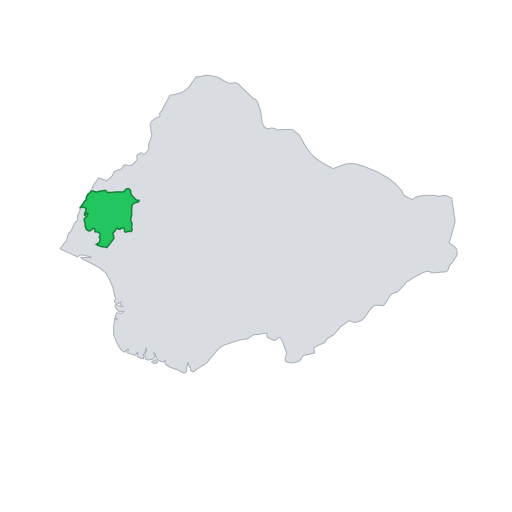 where Oyo sits in Nigeria, rotated 27°
{"feature_id": "NGA-2856", "entity_name": "Oyo", "entity_type": "State", "adm_level": 1, "iso_a3": "NGA", "parent_name": "Nigeria", "parent_adm1": "", "projection": "mercator", "projection_center": [3.592, 8.111], "detail": "fine", "context": "in_parent", "style": "filled", "palette": "green", "viewbox_px": 512, "rotation_deg": 27, "n_neighbors": 0, "source": "natural_earth", "source_scale": "10m", "svg_char_len": 5781}
<svg xmlns="http://www.w3.org/2000/svg" viewBox="0 0 512 512"><g transform="rotate(27 256 256)"><path d="M404.2,115.7L417.9,135.0L420.8,149.3L421.9,156.3L424.1,157.1L428.4,157.5L431.5,158.9L433.4,161.2L434.5,163.4L434.7,164.7L433.8,173.2L432.8,176.3L433.4,180.5L433.2,182.3L432.7,183.5L430.8,184.9L428.2,186.3L422.0,190.4L420.3,191.0L417.7,191.1L415.4,192.1L412.8,194.3L407.0,202.4L402.1,210.5L398.5,223.7L394.2,227.8L393.4,231.5L392.7,239.7L392.0,242.2L391.3,242.9L386.7,244.5L384.0,246.3L382.4,250.1L380.3,262.7L379.6,264.8L378.0,266.9L375.7,269.3L373.6,270.6L368.2,271.5L363.2,281.0L363.1,282.6L360.8,291.2L356.9,297.7L356.7,301.9L351.8,307.6L349.2,311.4L351.8,315.5L352.0,316.1L343.6,323.0L343.1,324.0L342.8,328.8L342.1,330.0L340.6,331.8L338.3,333.7L336.0,335.2L333.4,336.2L330.9,336.6L329.5,336.0L328.7,334.5L327.3,328.7L326.5,327.5L324.9,326.4L318.4,320.0L314.5,317.7L313.7,317.9L313.0,318.5L311.9,321.7L310.8,322.9L308.7,323.3L305.2,323.3L302.5,322.9L301.9,322.3L300.7,319.7L292.6,325.6L289.8,326.9L286.2,333.7L281.1,337.1L277.7,340.1L268.3,349.5L266.4,352.2L264.5,356.3L260.5,373.8L254.1,384.8L253.2,387.1L252.8,387.0L252.0,388.0L249.5,387.4L248.4,385.4L246.8,385.0L244.1,382.0L243.6,382.5L246.4,390.1L245.4,393.0L237.4,393.1L230.6,394.1L226.0,394.0L223.6,392.9L222.6,390.1L222.2,390.4L221.9,391.9L220.4,393.1L215.2,393.3L212.9,391.4L211.0,389.2L209.0,388.3L209.3,389.2L211.6,391.3L211.3,394.3L207.1,397.8L204.4,398.0L202.7,396.5L201.9,394.1L201.5,390.4L200.3,388.0L199.7,388.0L200.5,392.0L200.5,395.7L202.5,398.6L199.4,399.5L195.7,399.6L195.3,398.5L194.8,396.1L194.1,395.5L193.4,399.5L185.8,400.6L184.7,400.5L184.4,399.7L185.0,398.6L184.9,396.8L183.2,398.2L182.9,401.0L182.0,401.4L179.1,401.0L175.9,399.6L170.8,396.1L164.5,390.3L163.5,387.8L161.6,384.6L158.4,375.9L159.0,375.5L160.4,376.0L161.1,375.1L158.5,374.5L158.0,373.9L157.8,372.0L157.9,369.6L161.9,368.4L162.8,367.0L163.3,365.5L158.4,367.7L153.8,365.2L152.9,363.7L153.4,362.6L158.7,362.5L160.6,361.4L159.4,361.0L157.4,361.0L156.6,360.3L156.7,358.5L156.0,358.9L155.2,360.5L152.1,361.7L150.3,360.5L150.1,357.9L149.7,356.7L148.2,355.8L142.7,348.9L135.9,343.2L129.9,339.2L120.8,337.4L101.7,337.4L100.6,336.9L101.8,336.0L103.4,335.4L109.6,332.2L108.5,331.7L102.2,333.7L100.0,333.9L97.1,337.8L78.3,338.6L78.4,336.9L79.2,331.8L80.4,328.3L79.1,324.1L78.8,320.2L79.6,319.0L79.8,317.6L79.6,307.7L80.6,306.3L80.7,305.3L78.7,301.1L78.7,297.8L78.4,294.7L77.7,293.3L78.5,281.2L78.2,278.2L78.8,276.1L79.2,270.9L79.1,265.8L80.4,257.8L88.4,256.7L90.4,253.5L91.5,249.5L91.2,245.6L93.8,242.1L97.0,239.0L96.8,235.7L97.7,234.6L99.2,233.8L101.4,233.4L103.8,231.7L105.1,228.8L106.4,224.1L104.3,220.8L104.4,220.1L105.2,218.3L106.4,216.5L107.4,215.9L109.8,216.4L110.5,215.7L112.1,210.5L111.9,209.1L109.7,205.6L108.5,196.1L107.9,194.9L106.2,193.1L101.7,186.5L101.8,183.3L103.7,179.3L104.9,177.3L106.6,176.2L107.0,175.3L106.5,174.1L105.6,173.3L105.4,171.5L106.3,168.9L106.0,166.1L106.4,151.8L110.1,149.0L115.4,144.3L118.2,139.4L119.6,135.7L121.4,123.3L124.2,122.0L129.6,117.5L136.9,114.9L141.6,114.0L149.9,114.6L154.1,114.1L157.7,111.7L159.3,111.0L161.6,110.6L182.3,117.0L184.2,116.7L185.8,117.1L188.3,118.8L194.4,124.8L200.8,134.1L202.8,136.1L204.8,137.1L206.8,137.5L208.4,137.4L209.9,136.5L211.9,134.7L214.9,133.9L217.4,134.1L230.3,127.0L231.5,126.9L239.4,128.5L250.2,135.6L259.0,140.2L265.2,141.8L272.5,142.9L284.9,143.2L294.3,133.2L297.7,131.1L301.9,129.1L310.6,127.3L325.1,126.0L338.6,126.5L347.0,128.3L355.9,131.5L359.7,134.6L365.7,135.1L370.0,134.5L371.4,131.4L375.8,127.4L382.2,123.6L387.5,121.0L391.9,119.8L395.8,116.8L398.8,115.8L404.2,115.7ZM215.7,397.2L212.8,398.1L210.9,397.9L213.5,393.9L214.8,394.8L216.5,395.1L215.7,397.2Z" fill="#d9dde1" stroke="#a8b0b8" stroke-width="1"/><path d="M77.3,292.7L77.3,292.3L77.6,291.8L77.7,291.5L77.9,289.6L78.2,287.7L78.3,285.9L78.4,285.3L78.6,284.8L78.9,284.3L79.2,283.7L79.2,283.1L79.0,282.4L78.4,281.2L78.2,280.5L78.0,279.8L78.1,279.2L78.3,278.0L78.3,277.7L78.2,277.1L78.2,276.9L78.4,276.5L79.0,275.8L79.2,275.4L79.5,274.4L79.4,273.5L79.6,273.4L81.2,272.0L81.7,272.0L82.3,272.1L84.7,271.5L85.4,271.0L86.0,270.4L87.6,269.0L88.3,268.8L88.5,268.5L89.0,268.1L89.6,267.7L90.8,266.6L91.4,266.2L92.1,266.0L92.6,266.0L93.1,266.1L93.3,266.4L93.7,266.6L94.0,266.9L94.4,266.9L97.9,265.3L99.3,264.3L100.5,263.7L101.8,262.7L107.9,259.6L108.6,259.1L109.2,258.4L109.5,256.5L110.2,255.0L111.6,254.0L113.0,253.9L114.4,254.5L115.2,255.6L115.9,256.9L117.0,257.9L118.4,258.6L121.9,259.9L124.1,260.4L124.9,260.4L126.4,259.5L126.9,260.6L125.9,262.1L124.9,262.7L124.1,263.4L123.7,264.2L123.0,264.9L122.6,266.7L123.0,268.5L125.7,274.4L126.7,276.0L127.7,280.1L128.8,281.7L129.5,282.3L130.3,282.8L131.4,284.6L132.2,287.4L132.6,288.0L133.1,288.1L133.6,288.4L133.8,289.5L133.8,290.5L133.5,290.9L133.4,291.1L132.7,291.2L132.2,291.4L131.6,291.7L131.1,292.1L130.8,292.3L130.6,292.5L130.4,292.7L129.6,293.4L129.0,294.0L127.7,293.7L126.6,292.0L125.8,291.2L124.9,290.9L124.2,291.5L123.7,292.3L123.4,292.6L123.1,292.8L123.1,293.5L121.6,294.6L119.6,294.1L119.1,295.5L119.0,297.4L118.8,298.3L118.6,299.2L118.1,299.9L118.0,300.8L118.6,301.5L119.5,302.0L120.1,302.8L120.6,303.8L121.2,304.5L121.4,305.3L119.3,316.2L118.4,316.4L117.5,316.5L116.5,316.8L115.7,317.3L113.9,317.8L110.2,318.3L108.4,318.2L109.2,316.8L110.3,315.3L110.0,313.5L109.8,313.1L109.7,312.6L109.7,312.0L109.5,311.5L108.6,311.0L107.7,310.4L107.7,309.9L107.7,308.2L106.7,306.7L103.7,306.6L102.8,307.0L101.9,307.5L101.0,307.0L100.5,305.5L99.4,304.7L98.2,305.6L97.0,308.6L95.8,309.6L94.1,309.6L92.5,309.1L90.4,307.2L89.0,304.7L88.0,303.5L86.8,302.4L86.2,300.9L86.2,300.2L87.3,297.2L87.1,294.5L86.0,294.5L85.5,295.9L85.2,297.4L84.4,297.3L83.9,295.6L83.7,292.3L83.0,290.8L80.1,290.7L77.5,292.6L77.3,292.7Z" fill="#22c55e" stroke="#15803d" stroke-width="1.5"/></g></svg>